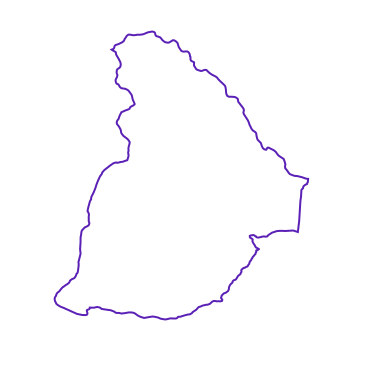 the district of Venecia, Cundinamarca, Colombia, rotated 104°
{"feature_id": "7082276B51616381865711", "entity_name": "Venecia", "entity_type": "district", "adm_level": 2, "iso_a3": "COL", "parent_name": "Colombia", "parent_adm1": "Cundinamarca", "projection": "robinson", "projection_center": [-74.456, 4.07], "detail": "fine", "context": "isolated", "style": "outline", "palette": "violet", "viewbox_px": 384, "rotation_deg": 104, "n_neighbors": 0, "source": "geoboundaries", "source_scale": "gbopen_adm2", "svg_char_len": 6006}
<svg xmlns="http://www.w3.org/2000/svg" viewBox="0 0 384 384"><g transform="rotate(104 192 192)"><path d="M211.1,102.8L209.9,101.1L209.1,99.4L208.1,96.1L207.3,92.2L205.0,84.8L204.9,84.1L205.2,79.6L194.2,81.0L174.7,84.6L170.1,85.1L163.7,86.3L163.0,86.1L161.5,85.2L160.2,85.3L159.3,85.1L157.4,83.7L156.8,82.7L156.4,82.3L155.6,82.4L154.4,82.0L151.2,82.5L151.3,82.8L151.4,84.1L151.4,85.5L151.0,89.4L151.1,94.0L151.4,95.3L151.5,97.3L151.0,101.2L150.5,102.2L147.5,105.7L146.5,107.2L146.0,107.3L145.1,107.9L142.5,108.1L141.0,109.0L140.2,109.3L139.5,109.9L137.8,111.0L135.9,116.4L135.2,117.6L132.7,120.6L131.7,122.8L130.5,128.1L130.5,129.1L131.0,129.6L132.7,130.1L133.0,130.2L133.1,130.6L133.1,131.5L133.0,132.4L132.5,133.5L132.2,133.9L131.1,134.9L130.3,135.5L128.5,136.6L127.7,137.2L125.5,140.8L125.0,141.3L122.3,142.8L119.6,143.9L119.1,144.4L118.5,145.2L117.8,147.3L117.3,148.3L116.3,149.5L113.0,152.3L110.1,154.2L108.9,155.2L103.9,160.5L102.7,161.3L100.3,161.4L98.9,162.0L97.7,163.3L93.3,168.9L92.1,169.5L90.9,169.9L90.4,170.4L89.7,172.1L89.5,173.4L89.7,175.3L90.6,179.1L90.3,180.8L90.0,181.2L88.7,182.3L87.2,183.0L84.7,183.8L82.5,184.7L81.2,185.5L80.3,186.7L77.1,192.4L75.8,194.3L75.1,195.1L74.7,195.8L74.3,196.8L73.3,201.1L72.7,202.7L72.1,204.2L70.2,207.4L70.2,208.3L70.3,208.9L70.7,209.7L72.1,211.7L72.4,212.6L72.3,215.0L72.0,217.1L71.8,217.6L68.9,220.6L67.5,221.0L66.0,221.2L65.6,221.5L65.0,224.3L64.5,225.0L63.3,225.7L61.4,226.1L61.0,226.6L59.2,227.4L58.3,228.0L57.6,228.7L57.0,229.7L56.8,230.4L56.9,231.3L57.9,234.4L57.8,236.0L57.5,236.7L54.7,239.8L53.3,240.7L50.9,242.1L49.8,243.9L49.2,245.6L49.3,247.2L52.3,250.2L52.8,251.0L53.1,252.4L53.1,254.5L52.6,255.8L51.5,257.9L50.8,258.6L49.7,260.2L49.4,262.4L49.4,263.8L49.2,264.6L48.8,265.2L46.5,266.5L46.1,267.1L45.9,267.7L45.9,268.8L46.0,269.6L47.8,273.5L50.7,277.4L51.5,279.3L52.1,280.8L52.5,282.8L53.6,285.3L54.1,287.0L54.4,290.9L54.7,291.7L55.4,292.4L56.4,293.1L59.7,294.2L60.2,294.5L61.3,294.5L62.1,294.8L63.6,295.9L66.5,299.4L67.6,301.3L68.0,301.8L68.6,302.2L69.3,302.4L71.0,302.4L72.0,302.7L72.8,303.6L73.3,304.4L73.5,304.0L74.7,300.0L75.3,299.5L76.5,299.1L77.4,298.5L80.5,295.4L83.3,293.0L85.3,292.0L87.4,291.8L88.3,292.1L89.0,292.4L89.6,292.9L90.0,293.4L91.0,294.1L91.8,294.4L94.1,294.1L95.3,293.6L96.5,292.7L97.1,292.6L98.7,292.6L100.6,293.1L101.9,293.2L102.9,292.9L104.3,292.2L105.0,291.4L105.3,290.8L105.4,289.5L105.8,289.0L107.5,287.5L108.4,285.6L108.0,281.7L108.5,279.4L108.9,278.3L110.9,275.8L112.4,274.1L113.5,273.4L116.0,272.2L117.3,271.4L118.2,270.6L120.5,268.9L121.4,269.2L122.8,270.5L123.5,271.4L124.4,272.3L124.9,272.5L126.1,272.7L127.0,273.4L129.4,276.9L131.8,279.9L132.8,280.0L134.5,280.5L136.5,280.8L138.8,280.9L139.1,281.1L140.9,281.8L142.2,281.9L143.0,281.8L144.2,281.2L146.1,278.8L148.4,276.6L149.5,275.9L151.1,275.3L151.8,274.9L152.6,274.1L154.1,272.2L154.6,271.1L155.9,268.0L156.6,266.7L158.7,264.5L160.4,264.3L163.2,264.4L165.3,264.2L167.1,263.6L167.7,263.5L168.5,263.6L169.5,263.4L170.6,262.9L171.6,262.5L172.8,262.3L173.6,262.3L174.5,262.4L176.1,262.4L176.8,262.5L177.1,263.0L178.2,264.8L179.3,266.3L180.3,268.8L181.7,271.3L181.7,272.7L181.9,272.9L182.0,273.5L183.3,275.4L186.9,278.5L187.5,278.9L191.3,281.9L192.7,282.8L194.8,283.8L196.3,283.9L198.9,285.0L204.1,286.0L208.1,286.5L211.7,286.7L215.9,287.3L221.0,288.4L222.3,288.4L223.7,288.1L224.8,288.6L225.9,288.8L232.7,288.9L235.2,288.8L236.1,288.6L236.7,287.8L238.0,286.9L238.9,286.5L241.7,286.1L242.8,285.7L244.6,285.3L245.8,284.9L246.7,284.2L247.3,284.0L249.3,284.2L251.0,285.8L252.1,287.3L253.6,288.2L255.9,289.5L256.9,289.6L257.8,289.6L260.8,289.2L262.4,289.2L264.9,288.7L267.6,288.0L274.4,286.8L278.8,285.2L287.6,285.2L288.8,284.7L290.7,284.2L295.7,283.6L297.6,283.5L298.6,283.7L299.2,284.2L301.9,284.5L303.9,285.3L304.6,286.0L305.5,287.3L307.5,288.9L308.6,289.0L309.7,289.3L311.5,290.6L312.5,291.7L315.2,293.9L315.7,294.5L318.9,296.1L320.0,296.5L321.1,297.2L322.0,298.0L323.2,298.6L324.8,298.9L325.4,298.8L327.4,299.5L328.8,299.5L331.1,298.5L331.9,297.6L333.2,296.7L334.1,295.1L335.1,291.7L335.5,288.5L338.1,274.1L337.9,268.9L337.2,265.5L336.6,264.4L335.5,264.0L334.8,264.2L333.0,265.2L332.4,265.4L331.9,265.3L331.0,264.0L330.3,263.3L329.7,263.0L328.9,263.2L328.0,259.2L326.5,256.2L326.4,254.0L326.6,252.8L327.3,251.5L327.1,249.0L326.4,242.1L326.9,238.4L327.6,237.0L327.5,235.7L327.0,233.5L327.0,231.2L325.9,228.1L324.1,224.1L323.4,221.1L323.4,219.1L323.7,217.8L325.1,214.3L325.6,211.6L325.8,208.0L322.9,201.5L322.8,201.0L322.3,200.1L322.3,199.3L322.1,198.1L322.1,197.0L322.0,194.7L322.5,191.9L322.3,188.4L322.0,186.6L319.9,182.5L319.4,180.6L319.4,180.0L319.1,179.1L318.9,177.9L318.5,176.8L317.7,175.8L317.0,175.6L316.4,175.1L315.9,173.3L315.6,172.7L314.8,171.5L312.5,167.6L311.5,165.4L311.2,164.4L309.6,162.8L308.5,162.4L305.1,159.3L302.8,158.2L302.0,157.6L301.1,156.1L300.4,155.1L299.8,154.5L297.9,150.8L297.6,149.7L296.7,148.3L296.1,147.5L293.5,145.9L292.5,144.5L292.2,143.6L292.1,141.5L291.5,139.7L291.3,138.2L290.9,137.3L290.4,136.9L290.3,136.5L289.3,136.5L289.0,136.7L288.1,137.9L287.8,138.2L285.2,138.1L282.6,136.5L281.7,135.0L279.4,133.1L277.4,132.7L275.8,133.0L274.2,132.9L272.1,132.2L270.2,130.9L268.8,130.9L268.4,130.7L267.7,130.3L266.5,128.5L265.9,128.1L262.5,127.1L261.6,126.5L260.8,125.8L260.0,125.2L258.3,125.0L257.7,124.7L256.9,124.8L256.3,125.2L255.5,125.2L254.6,124.6L253.6,123.9L253.0,123.2L252.9,122.6L251.6,121.4L251.2,120.6L250.2,119.9L249.7,119.9L247.8,119.1L245.7,119.1L243.7,118.1L242.6,118.0L241.3,117.4L240.8,117.5L236.6,115.4L235.6,115.5L234.4,115.1L233.6,115.5L233.4,115.5L233.0,115.4L231.8,113.6L231.3,113.3L231.1,113.4L231.1,113.9L230.8,114.6L230.3,116.5L230.2,116.8L228.6,118.1L227.5,119.4L225.7,121.1L225.0,121.5L223.7,121.5L223.2,121.8L222.8,122.7L222.2,124.6L221.7,125.0L220.6,125.3L219.8,124.3L218.9,121.8L219.0,121.2L219.5,119.9L219.6,119.2L220.1,118.8L220.3,118.1L220.2,116.6L219.2,114.6L218.0,112.4L217.6,110.8L217.5,109.5L216.9,108.3L215.2,107.4L211.9,104.3L211.1,102.8Z" fill="none" stroke="#5b21b6" stroke-width="2"/></g></svg>